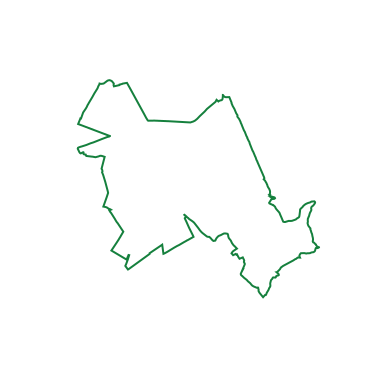 the district of Rogova, Mehedinti, Romania, rotated 33°
{"feature_id": "2599482B76959317413868", "entity_name": "Rogova", "entity_type": "district", "adm_level": 2, "iso_a3": "ROU", "parent_name": "Romania", "parent_adm1": "Mehedinti", "projection": "robinson", "projection_center": [22.834, 44.475], "detail": "fine", "context": "isolated", "style": "outline", "palette": "green", "viewbox_px": 384, "rotation_deg": 33, "n_neighbors": 0, "source": "geoboundaries", "source_scale": "gbopen_adm2", "svg_char_len": 5983}
<svg xmlns="http://www.w3.org/2000/svg" viewBox="0 0 384 384"><g transform="rotate(33 192 192)"><path d="M328.1,170.4L328.2,169.8L328.6,169.3L328.5,169.2L327.9,169.4L326.5,169.5L325.2,169.1L324.8,168.7L324.5,168.5L323.7,168.5L322.0,168.0L321.1,168.2L320.8,168.1L320.2,167.7L319.6,166.4L319.5,166.1L318.5,164.8L317.0,163.4L315.6,161.9L314.1,160.9L312.9,159.8L311.9,159.1L311.6,158.8L311.2,158.1L310.9,157.9L309.9,157.7L309.1,157.3L308.3,157.1L307.8,156.8L307.2,156.4L305.9,155.2L305.7,154.8L305.5,154.0L304.3,152.4L303.6,151.0L303.6,150.1L303.3,149.2L303.3,148.6L302.4,145.8L302.2,144.6L302.2,144.0L302.0,142.4L301.5,141.5L300.8,140.8L300.4,139.8L300.5,138.8L301.0,137.5L301.2,135.6L301.1,134.0L300.9,133.7L300.4,133.3L299.7,133.2L297.4,135.0L296.6,136.6L295.4,137.9L294.5,139.2L293.8,140.4L293.3,141.8L292.9,143.3L292.9,144.3L292.3,146.7L292.2,147.6L292.4,148.2L292.9,149.0L294.7,152.7L295.3,154.1L295.4,154.8L295.2,155.5L294.4,157.1L294.1,158.3L293.8,158.8L291.5,161.8L290.0,162.9L288.9,163.5L286.4,166.5L285.5,167.0L284.6,167.2L280.8,164.6L278.8,163.3L276.5,161.7L272.2,160.5L271.0,160.0L269.6,159.1L267.1,158.7L266.8,159.0L265.4,159.0L264.6,159.3L263.1,159.4L262.6,159.1L262.5,154.5L263.4,154.1L264.8,152.8L265.0,152.0L264.5,151.7L264.1,151.9L263.4,151.7L263.1,151.9L262.8,152.6L262.4,152.3L261.8,152.3L261.2,153.3L260.2,153.4L260.0,153.0L259.4,153.1L259.8,152.3L259.5,151.9L258.2,152.1L258.3,151.7L258.2,150.8L257.5,149.5L256.9,148.7L255.3,147.5L253.3,146.6L252.0,145.8L251.3,145.1L251.0,144.9L250.7,144.8L249.8,144.1L246.8,142.6L245.2,142.3L245.2,141.1L244.6,140.5L243.7,139.9L241.9,138.7L230.4,131.1L230.1,130.7L229.5,130.5L228.5,129.9L226.5,128.3L225.3,127.6L223.9,126.6L223.0,126.0L221.1,124.7L220.3,124.4L214.0,119.9L212.8,118.8L212.0,118.4L211.5,118.2L209.4,116.9L209.0,116.7L208.7,116.2L208.4,116.0L208.0,115.9L207.0,115.3L203.4,112.7L202.1,112.1L197.5,108.9L196.9,108.4L195.2,107.4L194.6,106.8L191.8,105.1L189.0,104.1L188.7,103.6L188.4,102.9L186.2,101.9L182.4,99.3L178.9,97.5L177.9,96.7L177.3,96.4L176.8,96.0L176.5,95.5L171.6,92.1L169.3,93.7L168.2,94.3L167.6,94.4L166.6,94.3L165.8,94.1L165.4,93.8L165.1,93.9L166.0,95.4L166.7,96.9L167.0,97.6L167.0,98.1L166.9,98.6L166.8,98.9L166.1,99.5L165.0,101.0L164.8,101.7L162.4,101.3L162.6,103.6L159.3,114.2L158.8,117.6L157.2,124.1L156.5,127.9L155.6,130.6L154.6,132.3L152.7,134.6L134.3,145.1L121.6,152.6L116.7,155.9L116.0,156.1L113.2,154.8L109.4,152.7L83.0,138.5L78.0,135.9L74.8,138.9L74.5,139.5L72.7,141.4L72.9,141.9L69.0,145.9L68.1,145.2L67.3,143.6L64.5,142.7L63.0,142.8L61.8,143.2L61.3,143.7L60.8,144.2L60.4,144.9L59.1,148.5L58.8,149.2L57.2,150.6L56.1,151.2L55.4,151.4L55.8,152.5L55.7,153.3L55.9,154.7L56.2,156.1L56.3,156.5L56.4,162.5L56.7,166.5L57.0,174.1L57.1,174.9L57.1,176.1L57.4,177.9L57.5,179.8L57.4,184.6L58.9,190.8L58.3,191.0L58.5,191.9L59.5,197.0L91.2,190.1L92.1,189.9L92.6,189.7L92.7,189.8L92.4,190.5L91.0,192.0L87.7,196.5L82.3,204.1L80.4,206.4L77.8,210.1L74.6,214.0L74.1,214.5L72.8,216.2L72.0,217.6L71.8,217.7L72.0,217.7L72.7,218.0L76.0,220.0L77.0,220.3L77.5,220.3L77.9,219.9L78.9,218.1L79.1,217.9L79.3,217.8L79.5,217.9L80.2,219.1L80.5,219.2L81.1,219.2L82.5,218.5L83.3,219.2L83.8,219.3L89.1,216.7L89.6,216.4L89.9,216.3L92.1,215.4L94.2,213.1L95.2,211.7L95.9,211.2L96.9,210.8L99.6,210.1L102.7,219.4L103.5,221.8L104.1,222.0L104.9,222.6L105.7,223.5L105.8,224.4L108.2,226.1L113.7,230.7L116.8,233.5L120.8,237.1L122.1,238.4L122.2,238.7L123.4,243.3L125.6,252.5L128.2,251.5L128.7,251.5L129.3,251.3L130.4,251.4L131.1,251.4L133.0,251.0L133.6,251.0L132.6,252.4L134.4,253.3L135.7,253.7L142.0,256.6L143.7,257.5L145.5,258.3L146.6,258.6L156.0,262.7L156.1,264.8L156.2,267.4L156.3,268.6L156.3,269.9L156.4,271.8L156.4,275.5L156.3,285.0L174.1,284.3L174.0,283.5L173.7,282.9L173.1,279.4L173.7,279.2L175.0,283.8L176.1,288.7L176.3,290.2L176.8,290.6L177.4,290.7L180.5,291.9L180.7,291.6L183.0,285.7L185.7,278.7L190.2,267.0L189.8,266.4L195.1,253.9L195.7,252.4L201.7,259.4L202.4,258.4L203.9,255.6L207.3,248.5L208.9,245.4L210.0,243.6L212.5,238.6L214.1,235.6L214.2,235.2L214.6,234.7L217.7,228.8L216.7,228.1L208.9,223.5L203.2,219.8L200.4,218.1L200.2,217.9L200.2,217.7L200.6,216.0L199.8,215.7L197.6,215.3L197.3,215.1L200.8,215.6L202.0,215.9L203.0,215.9L204.1,216.2L208.1,216.3L210.1,216.5L211.1,216.8L216.9,218.8L219.4,219.8L221.5,220.4L223.1,220.7L228.8,221.2L229.8,220.9L231.0,220.2L233.5,220.7L234.5,221.1L236.6,221.4L237.0,221.0L237.6,220.5L238.0,220.1L238.0,219.7L237.8,219.0L237.7,217.5L237.9,215.9L238.1,214.9L238.5,214.0L239.5,212.7L241.0,210.0L241.5,209.3L242.9,208.4L244.6,207.7L245.7,208.4L246.7,209.6L248.0,210.6L251.0,211.6L253.4,213.1L255.8,214.0L256.7,214.2L257.1,214.2L260.5,215.0L259.0,218.5L258.6,219.7L258.5,221.6L258.6,222.0L259.0,222.0L260.9,222.6L262.4,220.1L263.4,220.4L263.7,219.8L266.7,221.5L268.2,222.1L270.2,219.2L272.8,220.8L273.2,221.2L273.6,222.4L274.2,222.8L274.9,223.1L275.0,223.3L275.5,223.6L275.7,224.2L276.9,230.7L277.0,230.5L277.2,232.6L277.5,234.2L277.7,234.4L278.6,235.0L279.9,235.1L282.3,235.6L285.8,235.9L287.4,236.4L290.6,236.8L292.3,237.4L293.7,237.7L295.3,237.6L298.6,237.0L299.0,236.8L299.1,236.4L299.5,236.2L299.8,236.4L300.1,236.8L301.2,237.8L301.6,238.6L302.0,239.0L303.6,239.8L308.9,241.5L309.4,238.5L310.0,238.2L309.9,236.9L309.6,235.8L309.5,232.5L309.1,230.6L309.1,228.7L308.5,227.5L307.8,226.7L307.3,225.9L306.4,223.3L306.3,222.7L306.6,221.0L306.4,219.8L306.8,219.3L308.6,218.3L308.7,218.0L308.5,217.0L308.5,216.6L308.9,215.9L309.3,215.6L309.8,214.9L310.0,214.3L309.5,213.8L308.8,213.5L306.6,213.2L307.0,212.8L307.7,209.5L307.8,208.8L307.7,206.9L308.7,204.3L312.6,197.2L314.3,194.1L315.1,192.2L315.7,191.4L316.3,189.6L316.5,189.3L317.1,188.9L318.3,188.2L317.7,187.8L316.9,187.1L316.7,186.8L316.5,185.5L316.6,184.4L316.7,184.0L319.6,182.0L321.3,181.4L322.1,180.6L323.8,179.4L324.2,179.1L325.0,177.8L325.8,177.0L326.4,176.6L326.8,176.0L327.1,175.3L327.2,174.6L327.1,174.0L326.6,172.6L326.4,171.6L326.7,171.2L327.1,171.0L327.5,170.9L328.1,170.4Z" fill="none" stroke="#15803d" stroke-width="2"/></g></svg>